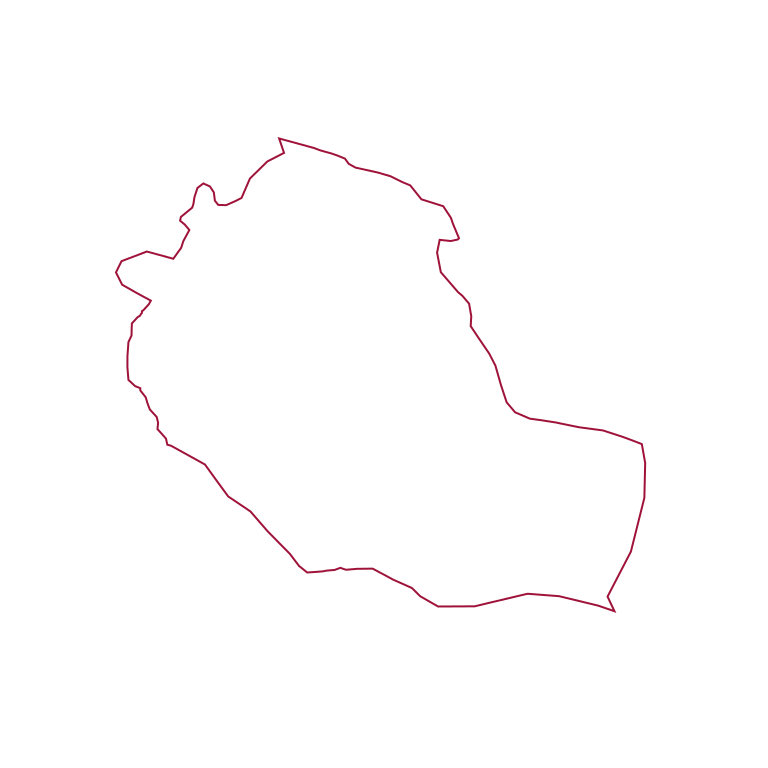 Ibaji, Kogi, Nigeria, rotated 288°
{"feature_id": "59680162B39308677673484", "entity_name": "Ibaji", "entity_type": "district", "adm_level": 2, "iso_a3": "NGA", "parent_name": "Nigeria", "parent_adm1": "Kogi", "projection": "orthographic", "projection_center": [6.796, 6.809], "detail": "fine", "context": "isolated", "style": "outline", "palette": "rose", "viewbox_px": 768, "rotation_deg": 288, "n_neighbors": 0, "source": "geoboundaries", "source_scale": "gbopen_adm2", "svg_char_len": 1856}
<svg xmlns="http://www.w3.org/2000/svg" viewBox="0 0 768 768"><g transform="rotate(288 384 384)"><path d="M259.3,196.7L259.5,200.4L252.1,238.6L239.4,256.0L228.9,270.6L221.5,296.4L208.1,318.6L200.7,332.8L193.4,346.9L185.0,359.0L184.8,359.2L181.0,369.2L184.4,377.7L186.9,383.7L188.8,387.1L191.9,394.5L195.7,399.3L195.6,402.1L195.6,405.3L199.9,415.5L202.4,422.9L204.9,430.3L200.7,453.5L198.6,473.6L193.3,484.1L189.1,504.2L200.6,539.0L208.6,552.0L227.1,582.4L228.9,585.5L236.3,616.0L239.4,656.2L239.1,673.4L250.9,662.3L300.9,670.6L356.2,666.8L389.6,656.8L406.5,647.8L407.1,637.2L407.5,627.2L407.5,606.6L403.1,582.6L400.8,562.2L400.6,560.0L398.1,544.4L396.1,533.4L397.6,517.4L404.5,506.3L419.5,495.3L435.9,484.3L445.4,474.7L457.8,458.7L465.8,448.6L466.9,448.3L475.3,446.1L486.7,440.1L492.2,431.1L494.2,426.1L498.4,419.2L507.9,403.5L525.3,393.9L538.3,392.4L540.6,403.3L544.2,409.5L545.8,410.3L551.8,405.1L552.1,404.9L554.4,402.9L555.7,401.7L555.8,401.7L557.5,400.2L562.7,396.3L571.4,385.4L571.2,362.5L581.0,347.6L581.7,338.9L583.6,326.0L583.2,312.7L581.0,290.0L582.5,282.4L586.3,277.2L586.9,268.7L587.0,262.7L586.5,251.4L586.8,244.4L585.1,208.4L572.9,217.5L559.6,204.3L538.0,193.0L516.9,191.0L512.2,186.3L505.3,178.6L503.1,171.0L506.1,166.5L513.6,163.0L518.1,157.4L518.9,150.2L512.8,146.0L503.1,146.0L497.5,146.9L496.3,147.1L492.5,147.1L480.1,139.2L476.3,139.6L474.1,145.2L470.3,151.3L457.9,149.0L450.8,149.0L438.0,144.9L436.7,117.5L419.7,96.4L407.3,94.6L397.5,104.3L394.2,120.4L391.2,136.5L387.2,135.7L379.7,132.3L378.5,131.3L376.7,131.8L375.4,131.2L373.4,130.8L371.6,129.1L363.7,125.5L358.4,127.0L352.1,128.9L344.9,128.0L331.2,131.4L320.6,134.8L308.9,139.7L305.1,147.9L304.7,153.5L302.6,154.2L297.8,161.4L291.8,165.6L287.4,169.2L282.4,178.0L277.4,181.1L271.1,182.5L268.2,187.6L264.7,193.5L259.3,196.7Z" fill="none" stroke="#9f1239" stroke-width="2"/></g></svg>